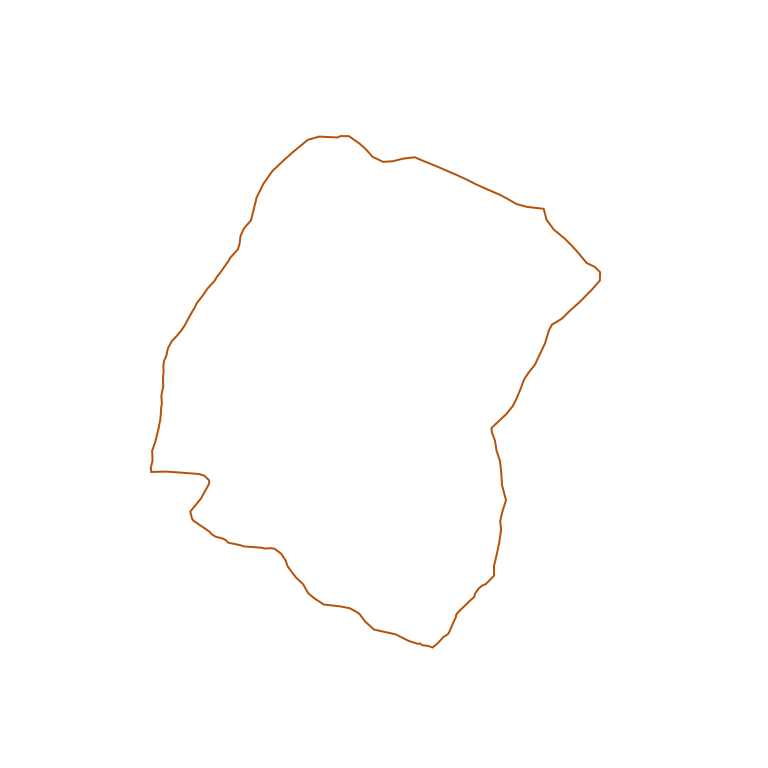 Toetsho, Tashi Yangtse, Bhutan (orthographic projection), rotated 55°
{"feature_id": "84629894B2316298414360", "entity_name": "Toetsho", "entity_type": "district", "adm_level": 2, "iso_a3": "BTN", "parent_name": "Bhutan", "parent_adm1": "Tashi Yangtse", "projection": "orthographic", "projection_center": [91.605, 27.504], "detail": "fine", "context": "isolated", "style": "outline", "palette": "amber", "viewbox_px": 768, "rotation_deg": 55, "n_neighbors": 0, "source": "geoboundaries", "source_scale": "gbopen_adm2", "svg_char_len": 2397}
<svg xmlns="http://www.w3.org/2000/svg" viewBox="0 0 768 768"><g transform="rotate(55 384 384)"><path d="M322.5,625.1L331.1,612.3L338.7,602.9L346.9,592.9L351.5,587.3L353.3,585.9L355.7,583.9L362.6,582.5L365.3,584.3L372.9,599.8L376.7,613.5L377.4,615.9L384.2,618.5L386.9,618.5L404.4,611.8L408.0,611.4L412.6,609.5L418.1,604.7L420.9,603.3L424.6,602.6L433.8,594.0L436.7,591.9L448.0,578.1L450.3,576.2L453.7,570.7L456.2,568.1L464.0,565.6L472.3,565.8L477.8,567.5L485.2,567.4L492.5,567.0L501.5,565.1L511.8,566.1L519.1,564.2L530.1,559.8L540.9,547.6L548.1,540.6L553.6,537.9L558.2,536.0L568.3,535.6L579.5,533.0L595.8,518.0L608.7,511.1L616.0,505.5L617.4,503.2L619.9,502.5L623.8,498.1L627.7,495.4L627.3,489.0L625.4,480.8L625.6,475.1L624.4,472.5L621.1,467.1L619.0,463.9L616.9,460.0L615.8,458.5L614.4,457.2L613.7,454.8L613.1,452.3L611.6,442.4L610.8,438.0L610.5,434.9L610.1,432.1L608.1,430.0L607.1,427.4L605.7,423.3L605.5,418.6L606.3,415.4L605.2,409.4L604.1,403.7L596.2,398.3L589.0,390.2L580.9,381.5L570.5,371.6L563.1,367.6L556.3,360.1L549.2,350.7L534.2,345.2L525.1,339.5L513.9,333.3L503.1,330.0L494.0,325.6L485.6,323.4L481.7,321.2L478.8,301.1L475.9,291.1L472.3,284.3L466.6,275.3L460.6,266.7L457.4,258.4L454.8,249.4L449.7,240.5L442.8,228.4L434.7,218.2L431.7,212.4L432.5,200.4L430.8,191.2L429.1,177.1L427.4,167.6L426.0,159.9L423.1,147.9L416.4,142.9L409.2,144.1L401.1,148.6L388.6,149.6L379.5,150.7L368.9,152.5L355.0,156.3L342.8,156.7L332.1,152.7L321.0,165.2L312.5,172.3L303.3,176.6L295.8,180.4L283.1,188.2L272.7,194.4L262.4,199.9L254.8,204.4L244.0,211.0L231.9,218.6L225.0,223.1L215.9,228.8L210.3,239.2L206.6,249.0L201.5,257.3L191.3,263.1L182.2,264.1L173.2,266.1L160.8,270.6L156.0,277.4L155.4,280.7L144.2,295.1L140.3,306.3L141.7,324.7L143.2,337.7L145.5,353.2L150.8,367.9L158.1,381.3L173.6,399.0L176.4,409.9L180.5,416.7L186.2,421.8L189.9,426.4L192.4,437.6L194.1,441.1L196.9,448.9L199.1,454.9L200.2,459.0L202.3,463.6L203.8,470.2L204.6,473.9L206.9,479.8L209.4,487.6L210.5,491.3L212.9,495.2L214.1,498.3L218.4,507.2L221.6,513.3L224.3,520.7L225.3,524.6L226.0,527.2L227.1,533.0L230.1,539.2L232.3,542.3L234.0,543.9L236.0,546.1L239.1,551.2L242.8,554.4L247.4,557.4L252.2,561.5L259.4,566.3L265.8,573.0L272.8,577.3L275.6,580.1L282.1,585.3L285.5,588.3L288.0,591.0L291.0,594.0L294.5,598.1L297.1,600.9L300.6,605.1L302.6,607.8L305.6,612.1L314.1,617.6L319.0,623.2L322.5,625.1Z" fill="none" stroke="#b45309" stroke-width="2"/></g></svg>